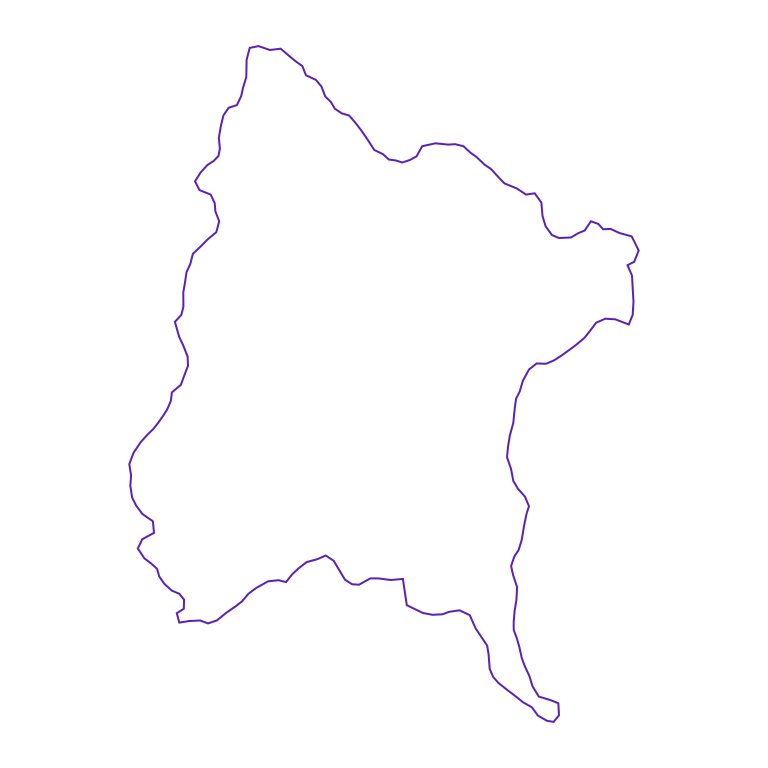 the district of Tabapuã, São Paulo, Brazil
{"feature_id": "56859067B57595974254301", "entity_name": "Tabapuã", "entity_type": "district", "adm_level": 2, "iso_a3": "BRA", "parent_name": "Brazil", "parent_adm1": "São Paulo", "projection": "natural_earth1", "projection_center": [-49.021, -20.938], "detail": "fine", "context": "isolated", "style": "outline", "palette": "violet", "viewbox_px": 768, "rotation_deg": 0, "n_neighbors": 0, "source": "geoboundaries", "source_scale": "gbopen_adm2", "svg_char_len": 2788}
<svg xmlns="http://www.w3.org/2000/svg" viewBox="0 0 768 768"><path d="M541.4,202.6L534.7,193.3L526.0,194.6L516.9,188.5L510.6,185.9L504.5,183.4L499.3,178.1L491.1,169.1L484.5,164.6L476.3,156.8L470.7,152.9L463.5,146.2L455.2,144.2L448.0,144.6L435.4,143.3L422.2,146.2L416.6,156.3L409.9,160.0L402.3,162.5L396.0,160.5L388.8,159.5L383.0,154.2L374.2,149.9L368.2,140.5L361.6,130.9L355.6,123.0L349.1,115.5L341.9,113.4L334.9,108.8L330.9,102.0L325.3,96.6L321.5,86.6L315.9,79.9L306.0,75.3L302.4,66.2L296.6,62.0L289.8,56.5L280.7,48.7L269.9,50.0L258.5,46.1L249.7,47.9L246.6,59.9L246.3,77.0L243.0,87.9L241.2,96.1L236.9,105.1L228.6,107.8L223.4,115.5L221.0,125.4L218.8,137.9L219.9,148.5L218.5,156.0L213.6,161.0L207.3,165.1L200.6,172.5L195.0,181.3L199.5,190.1L210.7,194.6L214.7,203.1L215.4,211.4L219.2,221.3L216.3,232.2L207.7,239.3L200.3,246.8L192.9,253.8L190.3,263.9L186.5,272.3L184.9,283.1L183.3,292.3L183.4,306.8L181.3,314.9L174.9,321.9L179.2,336.9L183.1,345.1L187.6,356.5L188.0,365.8L184.7,374.4L180.9,384.8L171.9,392.4L170.8,401.1L166.9,410.0L162.3,417.0L157.8,423.3L153.3,429.0L147.9,434.2L140.8,442.0L133.5,452.9L129.3,464.1L131.1,475.3L130.3,485.9L132.2,497.6L136.0,505.4L142.3,513.9L152.9,521.3L154.0,532.9L142.3,539.2L137.8,548.5L144.4,558.4L150.7,563.1L157.1,568.8L159.2,576.4L164.4,583.9L171.8,590.6L179.3,593.8L184.1,599.7L183.8,608.8L176.8,613.2L179.3,622.6L189.4,621.0L200.2,620.5L208.0,623.4L216.8,620.5L226.0,613.0L235.7,606.3L242.1,601.3L248.4,593.8L256.1,588.0L268.1,581.3L278.7,580.2L286.0,582.1L292.3,574.2L298.6,568.3L306.7,562.1L317.3,559.2L325.7,555.5L333.7,560.8L345.0,579.7L352.0,584.2L359.0,584.7L370.4,578.4L378.3,578.4L391.0,580.0L402.9,578.9L406.8,605.2L416.3,609.8L422.9,613.0L432.5,614.8L442.6,614.3L448.9,611.9L459.5,610.3L469.7,615.1L475.7,628.5L487.2,645.7L488.6,654.5L489.7,668.9L493.3,677.2L498.6,683.1L507.2,689.9L516.0,696.6L523.1,702.3L531.9,707.3L537.9,715.6L547.0,720.8L553.6,721.9L559.0,715.3L558.3,703.2L550.5,700.1L538.8,696.6L532.5,686.2L529.4,676.1L524.5,665.5L521.7,657.7L519.3,646.8L516.8,638.2L513.7,629.8L513.7,621.8L514.6,610.9L516.4,600.2L517.1,587.2L513.0,574.7L511.1,566.0L514.4,556.3L518.6,550.1L521.7,540.0L524.1,525.6L526.5,513.9L529.0,506.2L524.9,496.6L517.9,488.7L513.3,480.9L511.1,469.2L507.0,457.1L508.1,446.2L509.8,435.7L513.3,422.8L514.8,407.9L516.1,398.6L519.7,391.6L522.9,380.7L529.0,369.5L536.5,363.5L546.3,363.7L554.1,360.3L561.3,355.7L567.8,351.0L575.2,345.6L584.6,337.7L589.5,331.5L596.2,322.7L605.3,318.7L615.3,319.3L628.8,324.5L632.7,314.8L633.5,301.4L632.8,289.9L632.0,275.6L627.5,265.2L634.2,261.8L638.7,250.5L631.7,236.4L619.4,233.0L610.6,228.9L603.2,229.3L598.3,223.9L590.9,221.3L584.6,230.6L578.6,233.0L570.9,237.5L559.0,238.0L552.0,235.1L545.6,226.3L542.5,215.9L541.4,202.6Z" fill="none" stroke="#5b21b6" stroke-width="2"/></svg>